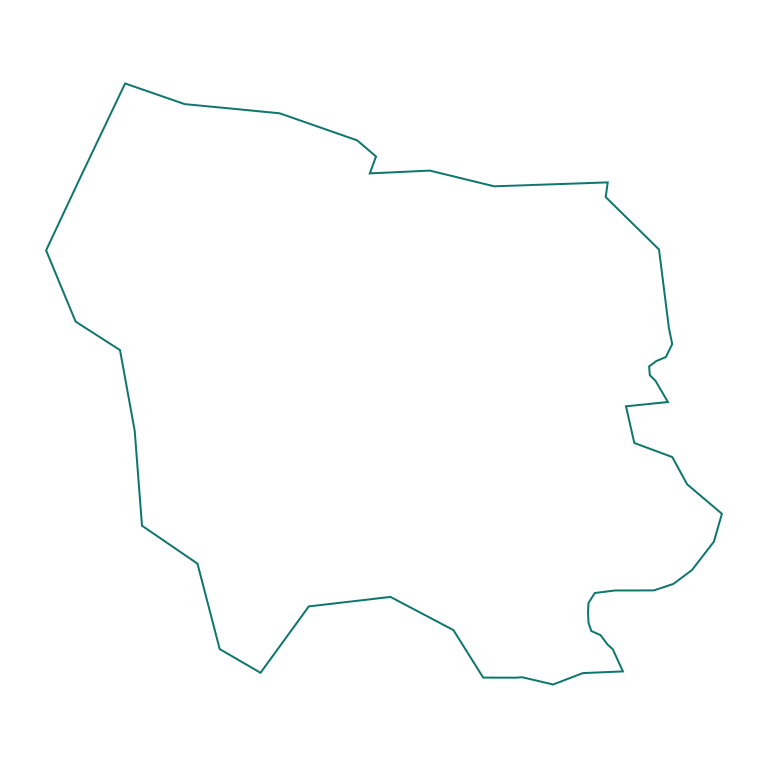 the Municipality of Brocenu
{"feature_id": "LVA-5711", "entity_name": "Brocenu", "entity_type": "Municipality", "adm_level": 1, "iso_a3": "LVA", "parent_name": "Latvia", "parent_adm1": "", "projection": "robinson", "projection_center": [22.717, 56.707], "detail": "fine", "context": "isolated", "style": "outline", "palette": "teal", "viewbox_px": 768, "rotation_deg": 0, "n_neighbors": 0, "source": "natural_earth", "source_scale": "10m", "svg_char_len": 795}
<svg xmlns="http://www.w3.org/2000/svg" viewBox="0 0 768 768"><path d="M607.7,182.4L605.7,197.1L659.0,249.5L668.9,328.0L672.2,344.1L665.9,357.0L656.4,361.0L649.1,366.4L649.8,375.1L655.6,381.0L667.9,402.0L626.0,406.3L634.3,443.0L672.3,457.1L687.1,484.3L721.9,513.8L713.9,541.6L692.0,570.0L673.4,583.9L653.8,590.4L614.8,590.5L594.8,593.0L588.5,602.9L588.0,612.6L588.5,622.7L591.3,631.0L600.6,635.2L607.4,644.4L612.8,649.3L622.9,671.4L582.8,673.1L553.1,684.5L521.9,677.2L516.0,677.7L483.2,677.6L453.4,630.1L390.4,596.9L308.8,606.4L260.5,672.8L219.7,649.1L197.5,563.7L142.0,525.7L134.7,430.8L120.0,350.1L75.6,321.6L46.1,250.4L79.5,179.2L125.1,83.5L184.6,104.1L279.6,113.3L357.2,140.4L376.0,156.5L369.8,173.4L429.8,170.6L494.1,186.3L607.7,182.4Z" fill="none" stroke="#0f766e" stroke-width="2"/></svg>